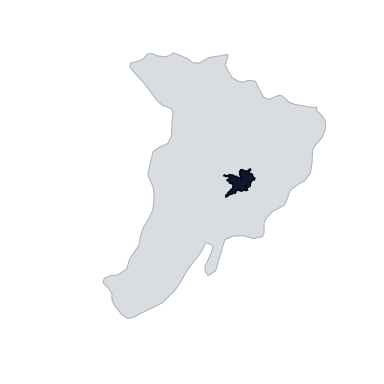 Concepción de la Vega, La Vega, Dominican Republic (highlighted), rotated 111°
{"feature_id": "3306468B4333912279461", "entity_name": "Concepción de la Vega", "entity_type": "district", "adm_level": 2, "iso_a3": "DOM", "parent_name": "Dominican Republic", "parent_adm1": "La Vega", "projection": "natural_earth1", "projection_center": [-70.509, 19.202], "detail": "fine", "context": "in_parent", "style": "filled", "palette": "ink", "viewbox_px": 384, "rotation_deg": 111, "n_neighbors": 0, "source": "geoboundaries", "source_scale": "gbopen_adm2", "svg_char_len": 6228}
<svg xmlns="http://www.w3.org/2000/svg" viewBox="0 0 384 384"><g transform="rotate(111 192 192)"><path d="M68.6,259.0L69.0,244.0L71.1,237.9L69.2,231.5L60.7,224.7L55.5,215.9L50.8,208.1L51.9,207.0L61.2,206.7L64.4,203.8L70.7,195.8L72.0,189.4L71.5,184.6L67.4,178.8L65.8,172.7L70.8,167.4L77.4,159.6L78.3,156.6L78.2,153.7L70.5,145.5L70.0,142.0L73.6,133.1L73.3,127.2L69.8,108.8L68.1,106.1L71.5,104.5L73.7,99.1L76.7,94.2L80.7,91.6L85.2,89.9L94.1,90.1L106.4,94.3L109.9,94.3L121.8,90.4L131.6,88.3L140.9,90.7L144.6,94.0L152.2,99.3L156.1,100.9L168.1,100.7L171.4,101.3L181.6,109.9L190.1,113.4L195.1,113.6L203.9,110.2L208.3,110.3L213.4,117.8L214.4,128.4L218.6,138.1L225.1,144.3L257.0,141.7L264.2,146.8L261.7,151.0L257.2,153.2L242.0,152.2L235.4,152.7L234.1,156.9L234.1,160.8L242.9,161.7L251.6,163.7L260.5,166.8L269.6,168.9L279.7,170.3L289.7,172.6L306.4,180.2L324.9,197.5L329.9,201.5L333.2,206.9L331.6,213.6L325.1,224.5L321.3,228.1L315.9,230.2L312.2,234.7L308.6,242.4L306.4,243.0L303.8,242.7L299.4,238.3L296.2,231.7L287.3,225.4L276.7,226.2L261.1,222.5L251.6,224.3L242.2,224.7L232.5,222.8L222.8,222.2L213.1,224.5L203.7,228.6L200.2,231.1L194.2,237.3L191.0,239.7L168.1,242.8L161.5,238.2L155.4,232.0L146.6,231.1L133.8,235.9L125.8,237.7L122.6,239.8L121.6,242.1L121.6,250.9L119.8,256.2L107.3,276.3L100.3,290.4L97.4,294.8L94.0,295.7L87.9,287.6L84.0,284.7L79.1,283.2L77.1,278.9L77.2,272.7L75.9,266.8L73.0,262.1L68.6,259.0Z" fill="#d9dde1" stroke="#a8b0b8" stroke-width="1"/><path d="M177.7,151.1L174.2,151.1L173.8,151.0L173.8,150.9L173.8,150.3L173.8,149.7L173.9,149.4L173.9,149.2L173.7,148.8L173.7,148.5L173.6,148.3L173.4,148.2L173.4,147.9L173.5,147.6L173.5,147.4L173.6,146.3L173.5,146.1L173.5,145.9L173.4,145.9L173.3,145.7L173.1,145.7L172.8,145.6L172.6,145.5L172.1,145.1L171.7,144.8L171.6,144.6L171.5,144.2L171.5,143.9L171.7,143.6L171.7,143.4L171.4,142.8L171.0,142.3L170.9,142.1L170.8,141.9L170.9,141.7L171.0,141.5L170.9,141.4L170.6,141.2L170.3,140.9L169.7,141.4L169.5,141.5L169.1,141.6L169.0,141.8L168.9,142.3L168.8,142.6L168.7,143.3L168.7,143.5L168.4,143.6L168.2,143.7L168.1,143.8L168.0,144.0L167.9,144.0L167.6,144.1L167.4,144.1L167.2,144.1L167.0,143.9L166.9,143.8L166.9,143.7L166.9,143.1L166.9,142.7L167.0,142.6L167.0,142.4L167.3,142.0L167.3,141.9L167.4,141.5L167.6,141.3L167.4,141.0L167.2,140.9L166.4,140.4L166.0,140.0L165.7,139.8L165.2,139.9L164.8,140.0L164.6,140.0L164.3,140.4L164.2,140.4L164.1,140.5L161.2,140.4L160.8,140.4L160.6,140.3L160.2,140.0L159.8,139.7L159.6,139.7L159.1,139.6L158.9,139.5L158.8,139.2L158.6,138.6L158.3,138.1L158.0,138.3L157.7,138.4L157.4,138.4L157.2,138.3L156.8,138.1L156.7,138.2L156.5,138.5L156.4,138.7L156.4,139.4L156.3,139.6L156.1,140.1L155.9,140.5L155.2,141.1L154.7,141.4L154.4,141.5L154.2,141.6L154.0,142.0L153.7,142.3L153.7,142.5L153.6,143.1L153.7,143.4L153.8,143.7L153.8,143.9L153.9,144.8L154.0,145.3L153.9,145.4L153.7,145.7L153.7,145.8L153.7,146.0L153.8,146.3L153.7,146.4L153.7,146.5L153.4,146.6L153.2,146.6L152.8,146.4L152.6,146.0L152.5,145.9L152.0,145.7L151.7,145.6L151.3,145.5L151.1,145.4L150.7,145.1L150.3,145.1L150.2,145.3L150.1,145.5L149.9,145.6L149.7,145.8L150.0,146.0L150.1,146.5L150.3,146.6L150.5,146.8L150.9,146.8L151.1,146.9L151.6,147.2L152.2,147.4L152.3,147.4L152.7,147.7L152.8,147.8L153.1,147.9L153.3,148.0L153.3,148.3L153.0,148.6L152.9,148.9L153.2,149.1L153.3,149.2L153.5,149.5L153.5,149.8L153.3,150.0L153.2,150.1L153.2,150.3L153.3,150.5L153.4,150.8L153.4,151.0L153.4,151.3L153.2,151.7L153.2,151.8L153.3,152.0L153.2,152.5L153.3,153.0L153.2,153.3L153.3,153.6L153.9,154.3L153.9,154.5L154.6,154.5L155.0,154.7L155.4,154.6L155.8,154.8L156.1,154.8L156.3,154.7L156.5,154.4L156.8,154.1L157.3,153.8L157.5,153.8L157.9,153.8L158.1,154.0L158.2,153.9L158.6,153.6L158.9,153.5L159.1,153.3L159.3,153.0L159.3,152.9L159.4,152.6L159.5,152.4L159.9,152.1L160.3,151.7L160.5,151.6L160.7,151.8L160.8,152.0L161.0,152.2L161.2,152.3L161.3,152.4L161.4,152.5L161.5,152.8L161.7,153.2L161.9,153.4L162.0,153.5L162.1,153.8L162.1,154.0L161.9,154.4L161.9,154.6L162.0,154.8L161.9,155.0L161.7,155.4L161.5,155.8L161.5,156.0L161.6,156.5L161.7,157.1L161.8,157.4L161.9,157.9L162.1,158.3L162.1,158.7L162.1,158.9L161.9,159.1L161.8,159.4L161.6,159.5L161.5,159.8L161.6,160.1L161.7,160.5L161.8,160.8L161.9,161.2L162.1,161.5L162.2,161.9L162.2,162.1L162.2,162.3L162.1,162.5L162.4,163.2L162.4,163.3L162.5,163.3L163.1,163.3L163.4,163.5L163.6,163.7L163.6,163.8L163.5,164.1L163.5,164.3L163.8,164.8L164.0,165.1L164.1,165.3L164.6,165.9L164.7,166.0L164.7,166.5L164.6,167.4L164.4,167.7L164.6,167.9L165.0,168.1L165.4,168.1L165.4,167.7L165.3,167.4L165.3,166.9L165.4,166.5L165.4,166.4L165.2,165.6L164.9,164.8L164.9,164.7L164.8,164.2L164.7,164.0L164.6,163.8L164.1,163.2L164.1,162.9L164.6,162.8L164.7,162.7L164.8,162.7L165.0,162.5L165.2,162.3L165.3,162.3L165.7,162.3L165.9,162.2L166.0,162.2L166.2,161.8L166.4,161.8L166.7,161.8L166.9,161.9L167.1,162.0L167.4,162.8L167.5,163.0L167.8,163.4L168.0,163.5L168.4,163.6L168.5,163.5L168.7,163.2L169.0,162.8L168.7,162.5L168.5,162.3L168.3,161.8L168.3,161.7L168.4,161.4L168.6,161.1L168.8,160.6L168.9,160.4L169.1,160.3L169.3,160.3L169.5,160.4L169.7,160.5L169.8,160.5L170.0,160.5L170.1,160.4L170.1,160.1L170.1,159.3L170.1,159.0L169.9,158.7L169.9,158.2L170.1,157.9L170.1,157.2L170.2,156.8L170.4,156.6L170.8,156.2L171.0,156.0L171.3,155.9L172.0,155.9L172.5,155.7L173.1,155.7L173.3,155.6L173.6,155.2L173.8,155.0L174.0,155.1L174.3,155.4L174.7,155.6L174.9,155.8L175.3,156.0L175.6,156.6L175.8,156.7L176.0,156.7L176.3,156.5L176.5,156.5L177.0,156.5L177.3,156.5L177.7,157.1L177.9,157.2L178.1,157.1L178.3,157.1L178.5,157.4L178.7,157.7L178.9,157.7L179.2,157.9L179.6,158.1L179.8,158.2L180.0,158.2L180.4,158.1L180.6,158.1L180.9,158.2L181.2,158.1L181.3,158.1L181.5,158.1L181.8,158.2L182.1,158.3L182.3,158.4L182.4,158.6L182.3,158.8L182.3,159.0L182.5,159.1L183.0,158.9L183.4,158.9L183.6,159.0L183.8,159.0L184.3,158.9L184.5,158.8L184.5,158.7L184.5,158.4L184.4,158.3L184.2,158.2L183.9,157.8L183.7,157.8L183.6,157.7L183.1,157.2L182.8,157.1L182.5,157.0L182.0,156.7L181.7,156.3L181.4,156.2L180.8,155.9L180.5,155.6L180.3,155.2L180.0,154.7L179.9,154.3L179.8,154.1L179.7,154.0L179.4,153.8L179.1,153.5L178.3,153.0L178.0,152.8L177.8,152.5L177.7,152.4L177.7,152.2L177.7,151.9L177.7,151.1Z" fill="#0f172a" stroke="#020617" stroke-width="1.5"/></g></svg>